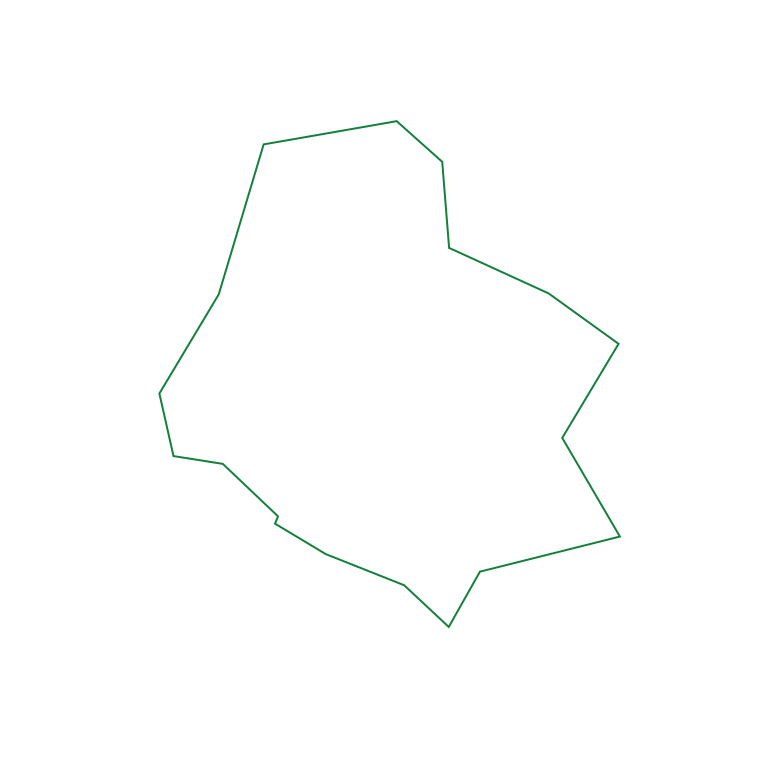 the district of Petersburg, Virginia, United States of America, rotated 233°
{"feature_id": "52423323B27383971458976", "entity_name": "Petersburg", "entity_type": "district", "adm_level": 2, "iso_a3": "USA", "parent_name": "United States of America", "parent_adm1": "Virginia", "projection": "albers", "projection_center": [-77.398, 37.205], "detail": "fine", "context": "isolated", "style": "outline", "palette": "green", "viewbox_px": 768, "rotation_deg": 233, "n_neighbors": 0, "source": "geoboundaries", "source_scale": "gbopen_adm2", "svg_char_len": 394}
<svg xmlns="http://www.w3.org/2000/svg" viewBox="0 0 768 768"><g transform="rotate(233 384 384)"><path d="M283.2,235.1L211.1,279.0L151.0,289.5L176.4,347.7L120.2,480.6L233.7,493.9L274.9,595.5L357.2,570.0L453.5,517.9L526.4,564.2L586.3,552.3L647.8,432.1L555.0,305.9L511.6,198.9L453.1,172.5L417.2,207.2L342.1,219.7L338.1,212.9L283.2,235.1Z" fill="none" stroke="#15803d" stroke-width="2"/></g></svg>